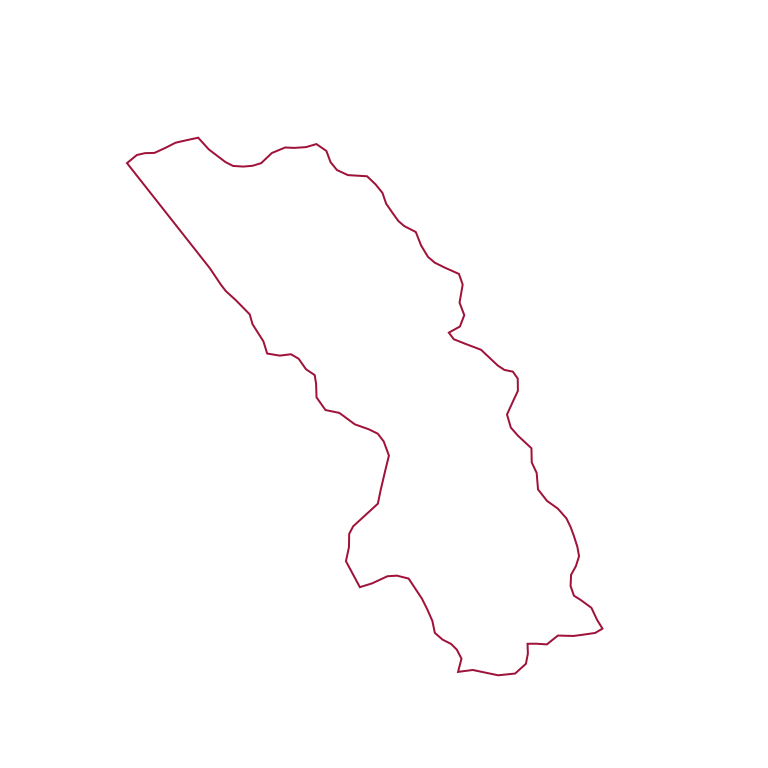 Dobrada, São Paulo, Brazil (orthographic projection), rotated 241°
{"feature_id": "56859067B78643306619002", "entity_name": "Dobrada", "entity_type": "district", "adm_level": 2, "iso_a3": "BRA", "parent_name": "Brazil", "parent_adm1": "São Paulo", "projection": "orthographic", "projection_center": [-48.364, -21.515], "detail": "fine", "context": "isolated", "style": "outline", "palette": "rose", "viewbox_px": 768, "rotation_deg": 241, "n_neighbors": 0, "source": "geoboundaries", "source_scale": "gbopen_adm2", "svg_char_len": 1685}
<svg xmlns="http://www.w3.org/2000/svg" viewBox="0 0 768 768"><g transform="rotate(241 384 384)"><path d="M569.7,287.8L549.8,289.5L541.9,290.7L528.6,295.2L510.0,300.3L500.0,298.0L479.8,299.2L467.3,296.6L459.4,306.5L455.1,317.1L447.4,321.6L434.8,322.9L425.4,327.7L417.3,324.8L405.0,318.5L389.6,320.2L380.4,330.9L362.9,338.9L351.7,348.8L343.5,354.5L333.9,355.9L319.0,353.6L308.2,343.6L292.8,329.6L282.3,320.6L274.5,288.1L269.8,280.9L258.2,274.2L247.5,264.8L218.0,264.4L215.4,277.0L214.2,293.8L210.1,302.4L201.9,311.2L177.8,313.1L166.1,312.6L153.2,311.4L141.7,307.8L132.0,311.3L124.0,316.7L116.3,318.9L106.2,318.6L96.3,309.2L90.9,322.9L73.9,342.6L67.2,358.3L70.5,372.5L78.4,379.1L87.2,383.6L83.0,391.3L77.3,400.2L79.7,414.1L71.8,427.5L68.1,436.9L63.9,448.0L64.1,456.5L74.4,456.0L87.7,456.9L99.2,451.6L106.8,447.5L116.8,449.2L126.4,455.1L131.7,463.6L138.8,471.1L147.9,474.2L159.5,476.5L168.6,477.9L178.1,478.4L190.8,475.6L202.7,469.9L217.1,467.6L232.2,474.4L243.8,475.2L256.3,481.8L273.8,476.1L284.4,473.8L297.7,476.8L307.7,490.3L313.1,497.8L323.9,503.6L332.3,502.7L338.0,496.1L345.1,492.4L366.8,485.5L379.6,474.7L389.4,466.7L397.5,465.6L397.5,478.3L405.3,487.6L418.5,489.5L432.8,501.0L443.9,502.9L456.4,493.5L465.5,487.2L473.9,484.1L487.1,483.6L501.5,485.5L512.4,478.2L519.5,475.6L529.5,474.4L540.7,473.3L551.9,475.3L562.7,473.4L573.9,469.9L584.2,453.7L593.9,446.6L603.8,444.8L615.8,446.6L626.6,441.2L629.0,430.6L634.1,419.8L638.8,412.2L640.4,397.9L636.7,383.6L638.6,374.8L642.4,366.3L647.9,357.7L655.0,352.9L674.1,344.5L689.5,340.9L693.2,328.7L696.1,318.6L696.5,307.3L697.4,295.3L701.8,286.8L704.1,278.8L701.8,266.3L569.7,287.8Z" fill="none" stroke="#9f1239" stroke-width="2"/></g></svg>